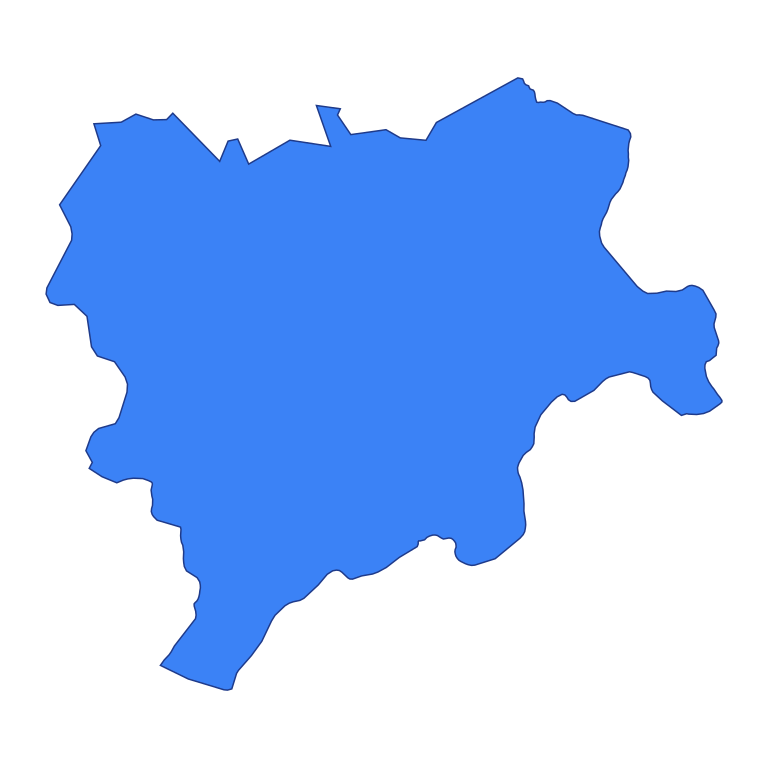 Albacete, Mercator projection
{"feature_id": "ESP-5802", "entity_name": "Albacete", "entity_type": "Autonomous Community", "adm_level": 1, "iso_a3": "ESP", "parent_name": "Spain", "parent_adm1": "", "projection": "mercator", "projection_center": [-1.774, 38.723], "detail": "fine", "context": "isolated", "style": "filled", "palette": "blue", "viewbox_px": 768, "rotation_deg": 0, "n_neighbors": 0, "source": "natural_earth", "source_scale": "10m", "svg_char_len": 3760}
<svg xmlns="http://www.w3.org/2000/svg" viewBox="0 0 768 768"><path d="M681.4,415.4L662.4,400.9L653.0,392.2L651.6,389.5L650.7,386.5L650.4,383.3L649.9,380.3L648.0,378.0L645.1,376.5L632.8,372.5L629.5,371.8L609.2,377.0L605.9,378.8L602.6,381.5L593.9,390.4L574.8,401.3L571.0,401.4L568.4,399.7L566.8,397.1L564.8,394.9L562.1,394.3L557.2,396.8L551.4,402.1L540.8,414.8L535.1,427.1L534.1,433.8L534.2,437.1L533.8,443.7L532.3,446.7L530.3,449.6L526.3,452.4L523.2,455.4L519.0,462.9L518.2,465.2L517.5,467.7L517.7,470.2L518.1,472.7L518.7,474.5L519.9,477.0L521.7,482.9L523.0,490.0L524.0,503.7L523.9,511.0L525.5,521.5L525.7,524.9L525.3,528.4L524.7,531.6L523.2,534.6L520.0,538.2L495.2,558.7L474.9,565.1L471.6,565.4L468.2,564.7L465.4,563.7L460.9,561.5L458.9,560.2L457.3,558.4L456.0,556.3L455.3,554.1L454.9,551.8L455.2,549.5L456.1,547.2L456.0,545.0L455.6,542.9L454.4,541.1L453.0,539.5L451.2,538.3L448.9,538.0L443.4,539.0L441.3,538.0L437.4,535.5L435.1,535.0L432.6,535.1L429.4,536.1L426.9,537.4L424.6,539.8L420.3,540.9L418.7,540.9L418.2,541.7L418.2,544.0L417.2,546.6L399.3,557.4L386.4,567.4L378.0,572.0L372.6,574.0L361.7,575.9L352.6,579.1L349.8,579.0L347.8,577.8L341.9,572.2L339.4,570.5L336.5,570.1L332.7,570.8L327.2,574.3L318.3,584.9L303.9,598.3L299.9,600.4L293.2,601.8L289.2,603.2L284.9,605.8L275.0,615.3L271.5,621.0L261.8,641.3L251.4,655.6L238.5,670.3L236.6,673.3L231.8,688.9L227.5,690.1L224.0,689.8L188.3,679.0L160.4,665.4L164.2,660.0L169.1,654.8L171.2,651.8L174.4,646.0L195.5,618.7L196.1,615.2L195.7,611.3L194.2,606.1L194.1,603.9L195.2,602.5L196.7,601.2L198.0,599.2L198.9,596.7L199.5,594.0L199.9,590.7L200.4,588.0L200.3,585.0L199.7,581.8L197.1,577.6L186.5,570.9L184.3,566.5L183.7,562.5L183.4,558.6L183.7,551.8L182.8,545.2L181.5,542.3L180.9,539.1L180.6,535.7L181.0,529.5L180.5,527.1L157.1,520.2L153.6,516.6L152.2,514.5L151.3,511.5L151.6,508.5L152.5,505.4L152.7,499.2L151.9,496.1L151.1,490.1L152.3,484.8L152.3,483.5L152.2,483.0L152.0,482.7L151.4,482.0L148.5,480.6L142.9,478.6L133.5,478.2L127.8,478.9L123.3,480.1L116.8,482.8L102.0,476.7L89.2,468.4L92.3,462.4L85.9,450.7L90.9,436.8L93.9,432.3L98.6,428.5L115.3,423.7L119.0,417.7L127.0,392.2L127.5,384.1L125.1,377.0L114.5,361.7L97.4,356.0L91.5,346.8L87.0,316.3L74.3,304.4L57.8,305.4L50.0,302.5L46.1,294.1L46.9,287.9L71.6,240.3L72.1,233.9L70.8,226.8L59.6,204.8L100.7,145.6L93.9,123.8L121.2,122.2L135.9,114.1L153.4,119.9L166.6,119.6L172.8,113.2L219.7,161.4L228.1,141.1L237.7,139.0L248.7,164.1L289.9,140.2L330.7,146.4L316.4,105.5L340.3,108.8L337.5,115.0L350.8,134.6L386.0,129.7L400.3,137.9L426.0,140.3L436.4,122.5L517.8,77.9L522.6,78.9L523.5,80.8L524.4,83.4L526.1,84.9L528.6,85.8L529.2,87.3L530.1,89.0L533.4,90.2L534.4,91.9L534.9,94.0L535.2,96.7L535.7,99.2L536.7,102.2L538.4,102.5L540.3,102.1L543.3,102.3L545.2,101.9L547.1,100.7L550.2,100.6L557.4,103.1L572.9,113.4L576.5,115.0L579.3,114.9L582.9,115.3L628.2,130.0L630.4,133.5L630.8,136.9L629.6,140.3L628.8,143.5L628.1,150.4L628.4,153.9L628.3,157.2L628.7,160.4L628.0,166.8L627.1,170.1L625.9,172.8L625.3,175.4L623.7,179.5L622.9,182.5L620.0,188.9L617.9,191.6L615.6,193.9L611.4,199.3L609.9,202.4L607.9,209.0L606.6,212.3L603.1,218.6L601.9,221.7L601.3,224.7L600.3,227.7L599.4,231.5L599.7,236.1L601.6,243.1L604.1,247.2L637.2,286.5L643.0,291.2L647.6,293.5L657.0,293.2L666.4,291.1L676.0,291.5L682.3,290.0L687.5,286.5L689.5,285.7L692.0,285.4L695.3,286.1L698.8,287.5L702.9,290.3L714.0,309.8L716.0,313.9L715.8,317.2L714.0,323.9L714.2,327.5L718.6,340.9L718.8,343.0L717.9,345.9L716.7,348.0L716.1,355.3L712.6,358.0L709.6,360.5L706.3,361.7L705.0,364.7L704.8,368.1L706.4,376.5L708.7,381.8L711.8,386.5L713.8,388.9L717.5,394.4L719.7,397.1L721.9,400.4L721.9,402.0L720.3,403.6L709.6,411.2L703.6,413.5L696.7,414.5L688.5,414.1L686.7,413.7L681.4,415.4Z" fill="#3b82f6" stroke="#1e3a8a" stroke-width="1.5"/></svg>